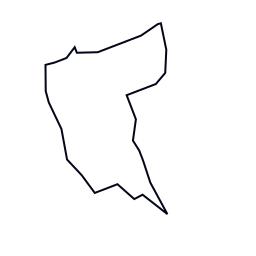 Dongjak-gu, Seoul, South Korea (Natural Earth projection), rotated 249°
{"feature_id": "91817680B72690271662871", "entity_name": "Dongjak-gu", "entity_type": "district", "adm_level": 2, "iso_a3": "KOR", "parent_name": "South Korea", "parent_adm1": "Seoul", "projection": "natural_earth1", "projection_center": [126.961, 37.485], "detail": "fine", "context": "isolated", "style": "outline", "palette": "ink", "viewbox_px": 256, "rotation_deg": 249, "n_neighbors": 0, "source": "geoboundaries", "source_scale": "gbopen_adm2", "svg_char_len": 578}
<svg xmlns="http://www.w3.org/2000/svg" viewBox="0 0 256 256"><g transform="rotate(249 128 128)"><path d="M216.5,73.6L191.9,64.4L180.2,63.2L150.9,65.5L120.4,59.8L100.4,67.9L79.3,73.7L79.3,98.0L59.4,108.4L60.5,117.7L33.5,133.9L68.7,129.3L69.6,129.3L69.9,129.3L92.2,130.4L101.6,130.4L102.8,130.4L113.6,128.3L114.5,128.1L133.3,138.5L157.9,138.5L159.1,138.5L159.1,169.8L166.1,182.5L187.3,191.8L214.0,196.2L214.3,193.0L209.6,173.3L209.6,158.2L209.6,139.7L209.6,126.9L216.6,107.2L222.5,107.2L215.4,95.7L215.4,82.9L216.5,73.6Z" fill="none" stroke="#020617" stroke-width="2"/></g></svg>